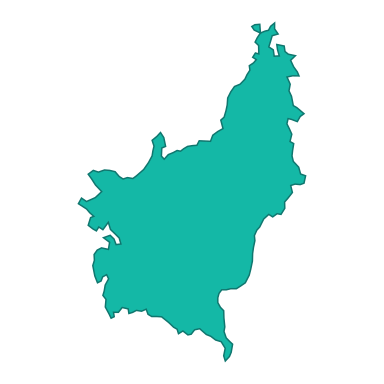 Nova Esperança do Sudoeste, Paraná, Brazil (Equal Earth projection)
{"feature_id": "56859067B10738168470860", "entity_name": "Nova Esperança do Sudoeste", "entity_type": "district", "adm_level": 2, "iso_a3": "BRA", "parent_name": "Brazil", "parent_adm1": "Paraná", "projection": "equal_earth", "projection_center": [-53.258, -25.889], "detail": "fine", "context": "isolated", "style": "filled", "palette": "teal", "viewbox_px": 384, "rotation_deg": 0, "n_neighbors": 0, "source": "geoboundaries", "source_scale": "gbopen_adm2", "svg_char_len": 2782}
<svg xmlns="http://www.w3.org/2000/svg" viewBox="0 0 384 384"><path d="M97.5,282.8L101.1,281.0L102.6,276.9L106.6,274.7L108.6,278.8L105.2,285.1L104.2,291.0L102.9,295.4L106.0,299.4L105.3,307.0L109.1,314.0L111.1,318.2L114.2,316.7L113.5,312.3L118.4,312.3L122.2,307.5L128.2,308.9L128.9,313.5L132.6,312.4L136.4,310.4L141.6,311.2L146.2,309.2L148.0,314.3L151.7,316.5L156.7,316.5L161.6,316.8L168.7,322.5L173.6,327.2L177.1,329.2L178.5,333.7L182.9,331.0L187.9,334.9L191.2,334.2L194.6,329.8L199.7,328.7L206.3,334.5L210.8,336.3L215.6,340.0L221.2,341.7L225.2,348.3L223.7,355.8L225.3,361.0L229.4,356.6L231.2,352.3L232.6,344.2L229.8,341.6L226.2,337.9L224.0,331.5L224.8,326.9L223.9,317.9L223.7,310.7L220.4,307.3L217.8,302.6L217.8,297.8L219.0,293.4L221.7,289.8L226.2,289.8L230.8,288.7L236.4,288.7L240.8,285.9L245.3,282.8L249.2,275.2L250.7,269.3L252.4,261.1L252.6,253.6L253.5,247.2L254.9,240.7L254.4,235.6L256.8,230.2L259.7,227.0L263.7,219.0L268.8,214.4L272.7,216.9L277.1,213.7L281.0,214.4L284.8,208.3L284.6,202.0L287.6,198.6L292.4,192.5L290.7,185.5L295.1,184.1L300.2,184.6L304.0,183.2L305.6,175.8L300.6,174.0L298.7,167.2L293.3,161.4L292.0,155.9L292.6,150.5L293.7,143.6L290.0,141.5L291.8,134.2L289.5,129.1L286.9,123.8L288.1,118.6L291.5,119.4L297.3,121.6L300.2,116.5L304.0,113.7L296.8,107.6L293.3,105.6L291.5,96.3L289.0,90.9L290.2,84.2L287.0,77.0L292.6,75.8L299.0,75.9L297.3,71.9L293.7,66.9L290.6,60.3L295.4,55.7L288.3,54.2L285.0,51.5L284.2,46.0L276.8,44.5L277.5,49.6L279.3,55.9L274.2,56.2L273.3,49.9L268.8,46.9L270.4,41.8L272.2,35.7L278.1,34.0L274.6,28.9L274.6,23.0L270.6,26.3L268.5,30.3L265.1,31.1L260.4,33.0L257.3,37.7L255.1,42.1L258.6,45.5L258.8,53.9L255.4,53.0L252.7,57.3L256.3,59.6L253.5,62.9L249.3,65.7L249.9,70.2L247.0,74.7L244.9,79.2L240.1,84.2L234.5,86.5L230.8,91.8L227.7,98.0L227.2,105.0L226.0,110.7L224.1,117.2L220.8,120.1L223.0,128.6L217.8,131.5L212.8,135.2L210.5,141.3L199.2,140.8L196.9,145.3L192.7,145.6L187.6,146.4L183.9,148.6L180.5,151.2L177.1,150.5L173.2,152.6L168.3,154.6L164.2,159.2L161.4,156.1L161.8,148.0L165.6,146.4L163.8,137.6L160.5,132.5L156.9,136.4L152.1,140.3L154.0,146.1L152.9,150.9L152.1,155.9L148.5,162.6L143.7,169.5L136.5,175.8L132.9,178.5L127.4,177.6L123.1,179.0L119.2,176.5L115.1,171.7L109.6,170.4L104.5,170.0L98.4,172.1L93.3,170.4L88.2,174.2L91.6,178.9L95.5,185.0L101.7,191.6L95.3,197.6L91.1,199.5L86.5,201.5L81.5,198.1L78.4,203.7L86.6,209.0L89.7,212.7L93.8,216.3L90.6,217.6L88.2,225.3L93.0,229.0L96.4,230.9L98.8,227.0L102.9,229.7L108.3,222.3L110.5,229.5L115.1,233.9L119.2,238.0L120.9,244.0L116.1,244.6L114.0,239.0L110.2,235.3L103.5,237.7L109.6,242.3L108.4,249.4L101.5,247.9L97.2,250.1L94.1,254.5L94.4,260.3L92.8,265.6L94.8,275.9L97.5,282.8ZM260.4,33.0L259.8,24.3L254.9,24.7L251.8,26.5L254.2,30.1L260.4,33.0Z" fill="#14b8a6" stroke="#0f766e" stroke-width="1.5"/></svg>